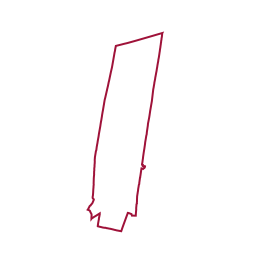 Ulmeni, Buzau, Romania, rotated 218°
{"feature_id": "2599482B910434267190", "entity_name": "Ulmeni", "entity_type": "district", "adm_level": 2, "iso_a3": "ROU", "parent_name": "Romania", "parent_adm1": "Buzau", "projection": "mercator", "projection_center": [26.647, 45.069], "detail": "fine", "context": "isolated", "style": "outline", "palette": "rose", "viewbox_px": 256, "rotation_deg": 218, "n_neighbors": 0, "source": "geoboundaries", "source_scale": "gbopen_adm2", "svg_char_len": 3943}
<svg xmlns="http://www.w3.org/2000/svg" viewBox="0 0 256 256"><g transform="rotate(218 128 128)"><path d="M162.9,134.3L162.7,134.0L162.3,133.2L161.6,132.0L160.6,130.1L160.5,129.9L160.2,129.4L159.8,128.6L159.5,128.1L159.3,127.7L159.0,127.2L158.7,126.6L158.4,126.1L158.3,125.8L156.2,121.9L155.7,121.1L154.9,119.6L153.9,117.8L153.3,116.6L152.1,114.4L150.9,112.3L147.2,105.3L146.6,104.3L145.6,102.5L145.3,101.9L143.6,98.7L142.8,97.3L142.0,95.7L141.7,95.2L141.1,94.0L140.2,92.5L139.8,91.8L139.4,91.2L139.1,90.2L138.9,89.8L138.8,89.5L138.7,89.4L135.9,84.3L135.6,84.0L135.1,83.1L134.7,82.6L134.4,82.1L134.1,81.8L133.9,81.6L133.6,81.2L133.0,80.4L132.7,79.9L132.5,79.7L132.3,79.4L132.1,79.0L131.6,78.3L131.3,77.9L131.1,77.5L130.9,77.3L130.7,77.1L130.5,76.8L130.3,76.5L130.2,76.2L129.8,75.6L129.5,75.1L128.9,74.4L128.3,73.6L128.0,73.0L127.4,72.2L127.1,71.8L126.9,71.5L126.5,71.0L126.0,70.4L125.5,69.6L125.1,69.0L124.7,68.3L124.3,67.8L124.0,67.3L122.6,65.4L120.9,63.1L120.1,62.2L119.4,61.0L118.8,60.2L117.5,58.2L115.6,55.5L114.2,53.4L113.4,51.9L113.1,51.6L112.9,51.2L112.4,50.9L111.6,50.8L111.2,50.8L111.0,50.7L110.9,50.6L110.7,50.1L110.5,49.4L109.9,47.2L109.8,46.6L109.8,45.9L109.9,45.2L109.9,44.4L109.8,44.2L109.8,43.9L110.0,43.5L110.1,43.1L110.1,42.8L110.1,42.5L109.9,41.9L109.7,40.8L109.7,40.5L109.5,39.7L109.4,39.2L109.4,38.8L108.7,39.0L107.8,39.3L106.8,39.2L105.7,38.5L103.8,37.7L103.1,37.0L101.6,34.8L100.9,33.9L100.9,34.3L100.7,34.9L100.4,35.8L100.1,36.8L99.8,37.6L99.5,38.3L99.0,39.6L98.6,40.8L98.0,42.4L97.7,43.3L97.3,42.8L97.0,42.4L96.8,41.9L96.3,41.0L96.0,40.4L95.5,39.3L94.9,38.3L94.6,37.9L94.3,37.2L94.1,36.8L92.8,34.4L91.4,32.0L91.1,32.0L90.4,32.4L89.6,32.7L88.8,33.1L87.9,33.5L86.5,34.1L85.3,34.8L84.8,35.1L84.4,35.4L84.2,35.6L83.8,35.7L83.4,35.8L82.9,36.1L82.6,36.3L82.4,36.4L82.2,36.5L81.9,36.6L81.6,36.8L80.9,37.1L80.6,37.3L80.4,37.4L79.9,37.7L79.6,37.8L79.2,38.0L77.9,38.6L77.4,38.8L76.8,39.1L76.2,39.3L75.0,39.9L74.2,40.2L69.8,42.5L71.2,46.6L75.0,58.3L75.5,60.0L75.8,60.7L75.9,61.0L75.2,61.4L72.5,62.2L72.3,62.3L71.9,62.0L71.2,61.6L71.0,61.4L70.3,61.9L67.9,63.7L68.9,65.1L69.9,66.6L70.8,68.0L71.6,69.2L72.0,69.6L72.3,70.0L73.7,72.2L74.1,72.7L74.4,73.3L74.4,73.9L74.8,74.2L75.6,75.5L76.6,76.8L77.4,77.9L78.9,80.0L79.3,80.8L79.9,81.8L80.3,82.6L80.8,83.4L81.4,84.6L82.1,85.7L81.6,84.9L82.3,86.0L82.8,86.9L83.6,88.4L84.4,89.8L84.7,90.9L85.2,91.5L88.1,96.5L88.1,96.8L88.3,97.0L89.0,98.3L91.0,101.8L92.5,104.5L92.1,104.7L91.3,104.9L90.9,105.0L90.7,106.4L90.5,106.6L90.7,107.8L91.0,108.3L91.4,108.2L92.7,107.1L93.3,107.2L93.7,107.5L93.8,108.1L94.5,107.9L94.9,108.5L95.3,109.4L97.1,112.5L97.3,112.9L98.3,114.5L100.2,117.8L101.1,119.4L101.6,120.3L102.3,121.6L104.7,125.8L105.7,127.4L107.2,130.2L108.2,132.0L108.8,133.1L109.4,134.5L110.8,136.7L111.2,137.4L111.7,138.3L113.8,142.0L114.7,143.4L114.8,143.5L117.7,149.2L118.8,151.2L121.2,155.4L122.8,158.4L124.1,160.8L125.7,163.8L131.9,174.0L132.5,175.2L132.8,175.8L133.3,176.7L133.8,177.6L134.1,178.2L134.7,179.3L135.1,179.9L135.7,181.1L136.7,183.1L137.1,183.8L137.8,185.0L138.2,185.9L138.5,186.4L139.1,187.6L139.6,188.5L140.0,189.3L140.6,190.5L141.9,192.8L142.4,193.8L143.2,195.2L143.6,195.9L144.0,196.7L144.5,197.6L144.7,198.0L145.3,199.2L146.0,200.3L147.1,202.5L148.5,205.0L149.3,206.4L149.7,207.1L150.3,208.2L150.8,209.0L151.2,209.7L151.8,210.8L152.1,211.4L152.4,211.8L152.6,212.2L152.7,212.4L153.3,213.4L153.5,213.8L154.3,215.1L154.7,215.9L155.3,216.8L155.7,217.5L155.9,218.0L156.5,218.9L156.9,219.6L157.4,220.6L157.7,221.1L158.2,221.9L159.3,223.6L159.4,224.0L162.3,220.0L165.6,215.4L171.1,207.8L175.8,201.3L180.9,194.4L183.0,191.8L184.6,189.7L185.7,188.3L187.1,186.5L188.1,185.2L186.6,182.2L186.0,181.2L185.5,180.2L185.0,179.1L183.8,176.9L178.0,166.0L175.9,161.5L173.0,155.6L172.0,153.6L171.5,152.4L169.7,148.8L168.2,145.5L167.8,144.8L167.7,144.5L166.9,142.8L164.6,137.9L164.0,136.5L163.6,135.6L163.3,135.1L163.1,134.7L162.9,134.3Z" fill="none" stroke="#9f1239" stroke-width="2"/></g></svg>